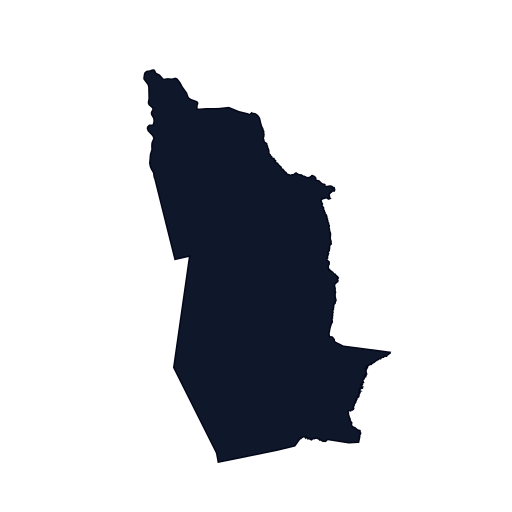 the district of Mecanhelas, Niassa, Mozambique, rotated 346°
{"feature_id": "85939544B26392807278532", "entity_name": "Mecanhelas", "entity_type": "district", "adm_level": 2, "iso_a3": "MOZ", "parent_name": "Mozambique", "parent_adm1": "Niassa", "projection": "robinson", "projection_center": [36.247, -14.939], "detail": "fine", "context": "isolated", "style": "filled", "palette": "ink", "viewbox_px": 512, "rotation_deg": 346, "n_neighbors": 0, "source": "geoboundaries", "source_scale": "gbopen_adm2", "svg_char_len": 6116}
<svg xmlns="http://www.w3.org/2000/svg" viewBox="0 0 512 512"><g transform="rotate(346 256 256)"><path d="M265.5,105.4L254.8,103.9L243.4,101.1L236.2,99.9L234.2,99.2L235.0,96.0L236.4,93.6L236.2,92.6L235.7,91.9L230.8,88.6L228.8,86.6L228.3,84.9L228.0,81.2L225.2,74.1L224.2,69.9L222.3,65.4L221.4,64.5L220.5,64.1L217.4,64.2L213.0,62.7L208.8,62.4L206.1,57.2L202.9,54.4L202.3,51.4L201.8,50.8L200.1,50.5L198.3,50.9L194.6,50.5L192.6,51.5L191.9,52.5L190.4,56.1L190.2,57.2L192.9,63.7L192.9,66.3L190.3,77.7L188.8,80.9L188.7,82.1L188.9,83.3L191.4,86.9L191.7,88.0L191.5,89.1L189.5,91.2L189.1,92.2L189.0,93.5L190.1,97.2L190.1,98.5L189.7,100.9L188.2,103.8L186.8,104.0L184.2,103.4L182.5,104.3L181.8,105.2L181.5,106.3L181.8,108.5L185.1,114.3L185.5,117.2L182.6,121.0L181.6,123.9L180.9,127.5L178.2,132.0L175.4,140.2L175.2,143.5L175.6,146.3L176.8,150.4L176.3,155.4L176.6,155.9L176.6,239.7L191.6,240.0L149.2,344.3L169.9,436.6L170.1,438.2L169.5,446.9L229.2,449.5L247.7,449.6L254.9,443.5L255.1,444.0L255.4,444.0L255.9,443.5L258.3,442.8L260.1,443.3L260.2,443.7L259.9,444.2L260.2,444.8L260.9,444.3L261.8,444.7L262.1,445.0L262.2,446.0L263.0,445.7L265.3,447.8L267.0,446.9L268.2,447.4L269.2,447.1L270.1,447.4L271.1,447.3L272.2,448.6L273.2,449.0L273.3,450.0L274.5,450.1L274.8,450.8L275.4,451.1L276.0,451.9L278.3,452.6L279.6,452.3L280.8,451.2L300.9,459.7L310.5,461.5L313.0,456.3L313.2,454.7L314.0,454.3L314.6,453.5L314.6,452.2L314.3,451.6L314.7,450.9L314.5,450.4L312.6,449.5L310.3,446.3L309.3,445.9L308.0,444.3L307.7,443.0L308.6,440.9L307.5,438.6L307.9,437.1L307.5,435.1L307.4,432.0L307.7,430.8L307.5,428.7L307.7,429.1L308.8,428.4L310.4,429.2L311.3,428.4L312.1,428.8L313.2,428.4L313.9,427.7L313.5,426.9L313.9,426.8L313.8,425.9L314.0,425.9L315.1,424.7L315.5,423.5L317.1,422.3L316.9,422.0L317.2,421.6L317.0,421.3L317.7,421.1L317.8,420.5L318.3,420.5L318.3,419.6L318.8,419.5L318.3,418.9L318.6,419.1L318.8,418.5L319.8,417.6L320.0,417.6L320.0,418.2L321.6,417.4L321.4,416.6L322.0,416.5L322.4,415.8L322.0,415.4L322.5,415.3L322.9,413.9L323.4,414.1L323.5,413.4L324.0,413.3L323.9,412.9L324.2,412.7L323.6,412.8L323.5,412.3L324.7,412.3L323.8,411.5L323.8,410.8L324.2,410.8L324.3,410.3L324.7,410.4L325.1,409.5L325.6,410.1L326.2,409.7L327.0,409.9L326.9,409.4L327.5,409.1L326.8,408.9L327.3,408.0L326.9,407.4L327.3,407.1L327.0,406.5L327.6,406.9L328.4,406.2L328.7,404.9L329.1,404.8L328.8,404.6L329.3,404.3L329.3,403.6L329.6,403.7L329.5,402.2L331.2,401.3L331.1,400.7L332.4,400.0L332.5,399.0L332.3,398.6L332.9,398.5L332.7,398.8L333.3,399.2L333.4,397.9L333.8,398.0L333.6,398.6L334.0,398.4L334.1,397.3L334.8,397.3L334.8,394.0L335.3,393.6L335.2,392.7L336.0,392.3L335.2,391.6L335.5,391.6L335.5,391.0L335.8,391.9L336.3,391.8L336.3,390.8L337.1,391.0L337.1,390.8L336.7,390.5L337.5,390.3L337.4,390.1L336.8,389.9L336.8,389.5L339.2,389.2L340.1,388.8L340.7,389.0L341.5,388.7L341.8,389.0L342.1,388.7L341.8,388.2L342.2,387.8L342.6,388.3L344.7,387.8L347.2,386.6L349.6,386.0L350.4,385.4L352.1,385.9L352.7,385.1L354.4,384.8L355.3,385.1L355.8,384.5L356.7,384.3L358.4,384.9L359.4,383.8L360.9,383.5L361.2,382.7L362.3,382.8L362.2,382.4L362.8,381.9L318.8,364.6L312.0,358.8L311.4,357.2L311.7,356.0L310.6,353.4L310.1,352.9L307.8,352.2L307.9,349.3L310.4,343.7L312.8,339.8L314.1,338.6L314.5,335.2L315.3,334.5L315.3,333.3L316.1,332.1L315.9,331.3L316.4,330.8L316.4,330.0L317.2,329.2L317.0,328.3L317.1,327.7L318.3,326.4L318.2,325.6L318.9,324.7L319.5,322.2L319.8,322.3L320.3,321.4L321.2,321.1L321.7,320.1L321.5,319.6L322.7,318.8L323.0,318.1L322.8,315.9L323.1,315.2L322.9,314.5L323.9,310.9L324.5,310.4L324.2,309.4L325.0,306.4L324.9,304.2L325.7,302.2L327.1,301.6L327.9,300.9L329.0,300.8L329.6,299.7L329.3,298.2L330.1,297.7L330.6,297.1L330.4,296.8L329.5,296.6L329.3,296.0L330.0,295.5L329.1,294.6L328.2,292.6L327.2,292.4L326.6,290.5L324.2,287.6L323.5,287.5L324.0,286.7L323.2,286.1L323.1,285.6L323.8,283.1L324.2,282.3L325.0,281.7L325.5,279.7L325.5,279.3L323.8,277.1L323.8,276.8L324.2,275.7L325.1,275.2L324.8,274.4L325.3,273.8L325.5,272.8L325.9,272.8L327.0,271.1L326.5,269.7L327.5,269.3L328.3,268.5L329.2,266.5L329.1,265.8L329.6,265.3L329.7,264.2L330.1,263.9L330.4,263.2L331.3,262.9L331.4,262.5L331.8,262.6L332.0,262.3L331.8,261.6L332.2,260.9L332.4,259.4L332.2,258.2L332.4,256.0L333.0,255.0L333.1,253.6L333.5,253.4L333.4,252.2L333.8,251.9L333.5,250.1L333.8,246.9L333.5,246.2L333.6,245.7L334.4,244.8L334.4,244.2L334.1,243.0L334.4,241.6L333.8,240.6L334.1,239.8L333.8,238.5L334.1,238.5L333.9,237.8L334.3,237.3L333.7,236.2L334.2,235.5L334.0,234.9L334.3,234.6L334.0,232.8L333.0,231.4L333.5,230.6L333.2,230.1L333.2,228.4L332.7,227.8L332.9,227.6L332.8,226.2L333.2,225.9L333.2,225.3L332.2,223.3L332.3,222.6L333.0,221.8L333.0,221.2L332.7,220.6L332.6,218.8L332.2,218.1L333.1,217.2L333.8,217.0L334.0,216.2L334.5,216.2L335.7,216.7L337.9,216.4L338.9,216.9L340.1,218.3L341.7,218.2L342.0,218.1L341.5,217.6L341.8,215.3L341.5,214.6L342.1,213.7L343.1,213.0L343.0,212.2L344.4,212.4L345.9,211.4L347.7,211.9L348.4,210.7L348.4,209.8L348.3,208.5L347.1,208.2L346.7,207.1L346.3,206.7L344.9,206.0L340.7,205.6L340.1,205.2L339.8,204.3L340.1,203.4L339.9,203.1L338.3,202.5L337.2,201.5L335.2,198.3L332.7,197.1L332.3,195.6L332.8,195.2L332.8,194.7L331.9,192.9L331.2,192.6L330.3,191.6L329.5,191.5L328.8,192.2L327.9,192.3L327.4,192.7L325.2,192.6L324.0,192.0L322.1,190.3L321.1,190.1L319.8,188.4L317.7,187.7L316.2,186.6L315.0,185.1L314.0,185.3L312.9,186.0L311.9,186.2L310.5,185.9L309.3,186.2L305.8,184.0L305.3,182.2L304.2,181.2L303.1,178.5L302.1,178.1L301.6,175.3L300.6,174.4L300.4,173.7L299.7,172.9L299.4,171.4L297.7,170.1L297.3,169.0L298.0,168.7L298.1,168.3L298.0,168.0L297.0,167.7L297.0,165.7L295.9,165.4L295.2,164.8L295.2,163.3L294.3,162.6L294.3,161.5L293.3,159.6L293.9,156.9L293.8,154.7L293.4,153.5L293.7,152.3L293.3,150.7L293.5,149.8L293.5,149.4L291.9,147.9L291.5,146.5L291.7,145.3L291.4,143.6L292.2,142.4L293.2,139.8L293.0,138.5L293.4,138.0L293.6,136.8L293.5,136.1L293.0,135.6L293.3,135.3L293.1,134.5L293.4,133.8L292.9,132.9L292.6,129.1L292.7,123.3L292.0,121.1L290.9,119.2L289.5,117.8L286.8,116.6L286.4,116.0L284.8,117.1L283.8,117.2L282.2,116.0L274.2,111.8L265.5,105.4Z" fill="#0f172a" stroke="#020617" stroke-width="1.5"/></g></svg>